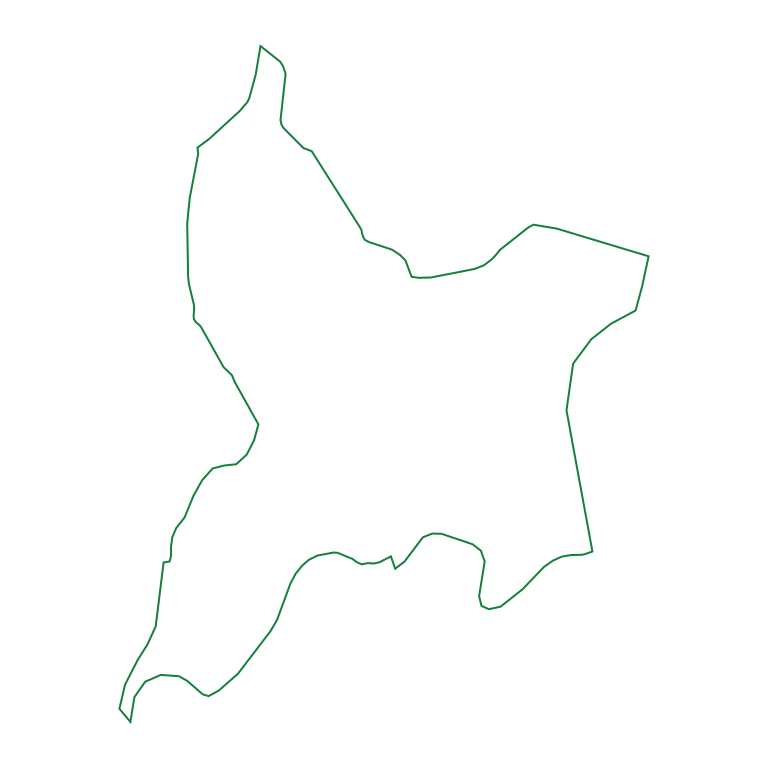 an SVG outline of Guéckédou
{"feature_id": "GIN-5640", "entity_name": "Guéckédou", "entity_type": "Prefecture", "adm_level": 1, "iso_a3": "GIN", "parent_name": "Guinea", "parent_adm1": "", "projection": "equal_earth", "projection_center": [-10.351, 8.727], "detail": "fine", "context": "isolated", "style": "outline", "palette": "green", "viewbox_px": 768, "rotation_deg": 0, "n_neighbors": 0, "source": "natural_earth", "source_scale": "10m", "svg_char_len": 1621}
<svg xmlns="http://www.w3.org/2000/svg" viewBox="0 0 768 768"><path d="M198.0,152.0L197.5,147.6L209.3,138.8L239.6,111.1L247.6,101.8L249.4,97.7L255.7,74.6L260.5,46.1L280.2,61.7L283.1,66.3L285.6,74.0L280.5,120.0L281.5,124.8L283.4,127.9L303.4,148.0L311.7,151.2L361.3,229.4L362.1,233.7L363.3,237.2L364.8,239.8L369.3,242.2L391.9,249.6L400.1,255.0L405.5,260.5L410.8,274.7L411.7,276.9L418.8,277.8L430.9,277.5L474.8,268.9L484.1,265.2L491.6,259.4L495.2,255.8L499.9,249.9L528.2,227.5L533.5,224.7L556.7,228.6L648.6,256.3L642.2,286.1L635.6,310.5L610.9,323.8L591.2,339.3L573.1,363.7L566.5,410.3L592.4,551.5L584.7,554.2L581.9,554.8L571.3,555.0L562.0,556.6L553.3,560.4L544.0,566.9L522.6,589.2L500.5,606.7L488.8,609.2L481.5,605.9L479.1,596.1L484.7,561.5L480.9,550.7L472.7,544.3L441.5,533.8L432.2,533.6L422.9,537.3L404.4,561.7L395.2,568.7L390.9,556.4L379.6,562.2L373.9,563.5L367.9,563.1L361.6,564.3L356.9,562.2L352.5,558.9L337.5,552.8L333.8,552.5L317.2,555.6L308.9,559.8L302.0,565.8L295.6,573.8L290.3,583.8L277.0,620.0L270.3,631.4L237.9,673.8L218.6,690.7L208.6,696.1L202.8,694.4L187.1,680.8L178.9,676.2L160.8,674.9L145.2,681.7L134.4,697.1L130.4,721.9L119.4,708.8L125.0,684.8L137.7,659.9L147.6,644.2L155.7,626.3L163.6,562.5L169.6,561.5L171.1,555.6L171.0,546.9L172.3,537.1L176.2,528.1L184.6,517.4L193.4,495.9L202.1,480.3L212.6,468.5L223.7,465.6L236.3,464.2L246.7,454.6L254.1,440.2L258.4,424.4L234.9,382.3L231.9,375.2L223.6,367.2L201.2,327.3L199.7,325.4L195.7,322.0L193.9,318.9L193.6,316.3L194.2,308.4L194.0,305.2L189.0,284.3L188.1,276.9L187.2,223.2L189.8,197.6L198.2,153.9L198.0,152.0Z" fill="none" stroke="#15803d" stroke-width="2"/></svg>